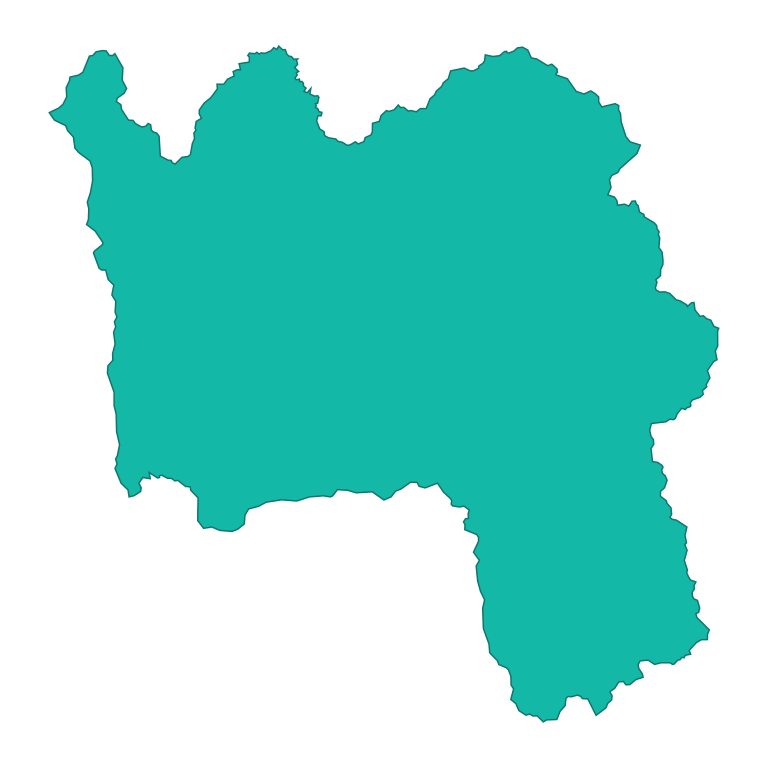 Urrao, Antioquia, Colombia (Mercator projection)
{"feature_id": "7082276B47907246338324", "entity_name": "Urrao", "entity_type": "district", "adm_level": 2, "iso_a3": "COL", "parent_name": "Colombia", "parent_adm1": "Antioquia", "projection": "mercator", "projection_center": [-76.192, 6.296], "detail": "fine", "context": "isolated", "style": "filled", "palette": "teal", "viewbox_px": 768, "rotation_deg": 0, "n_neighbors": 0, "source": "geoboundaries", "source_scale": "gbopen_adm2", "svg_char_len": 5992}
<svg xmlns="http://www.w3.org/2000/svg" viewBox="0 0 768 768"><path d="M522.6,47.2L517.4,47.9L513.8,51.1L509.0,53.0L507.5,53.0L506.5,51.3L504.5,51.6L499.5,55.7L492.9,56.5L485.3,54.9L484.6,60.8L482.9,63.3L479.0,65.9L478.4,68.3L473.3,70.9L470.4,70.9L464.1,68.1L450.6,70.9L448.3,78.7L443.4,82.7L441.7,86.4L436.5,90.9L434.5,95.0L430.0,98.8L426.2,108.6L420.3,108.6L416.4,111.8L410.7,110.5L408.4,111.2L404.0,107.4L400.5,107.5L398.3,105.0L394.2,109.8L389.0,111.4L386.4,110.6L381.2,115.4L379.3,121.4L372.5,123.3L372.3,132.1L370.9,135.0L365.2,137.6L364.0,141.5L358.3,144.0L355.3,141.8L350.1,144.9L347.2,145.3L342.6,142.4L337.8,141.2L335.8,139.0L328.6,137.8L324.7,135.7L324.1,131.7L319.7,128.9L316.6,120.9L318.0,115.7L321.1,115.8L321.9,113.3L321.8,112.3L319.1,111.7L317.8,108.6L315.4,107.5L316.3,105.5L315.3,103.6L317.6,103.2L318.9,97.3L317.7,95.7L314.7,96.2L309.9,94.0L310.8,88.5L307.2,92.7L304.0,91.5L306.0,88.1L303.6,86.1L303.3,83.1L302.0,81.5L299.6,81.5L299.4,79.1L296.1,79.8L295.0,78.0L297.2,75.2L296.4,72.6L298.7,71.5L294.7,67.6L297.6,64.3L296.5,60.3L297.7,59.0L293.6,59.2L291.5,56.6L288.7,56.0L286.7,53.9L285.3,49.6L282.7,49.9L278.7,46.1L276.9,49.4L273.7,47.7L271.0,50.8L265.1,53.3L261.0,52.9L259.0,54.1L256.9,52.3L254.9,53.7L249.4,53.1L247.8,55.6L249.3,56.9L249.3,62.1L239.1,63.7L240.5,69.7L237.2,69.7L233.1,71.6L234.2,76.0L227.5,79.2L223.8,84.2L217.0,84.2L217.4,88.8L211.0,97.5L204.2,103.1L199.3,110.0L199.2,113.7L201.4,118.4L196.2,121.4L195.1,127.9L195.9,130.3L193.9,133.0L194.5,138.8L192.4,143.4L190.4,154.7L187.9,156.5L182.0,157.3L175.1,164.1L172.3,162.7L171.1,160.4L168.2,160.2L160.3,156.1L159.1,136.3L156.8,133.1L153.1,131.9L151.3,130.0L150.7,124.8L148.1,123.5L145.8,126.2L141.7,127.0L135.3,123.5L133.1,120.4L128.5,120.1L121.6,109.5L120.8,104.6L116.4,101.5L117.2,98.2L124.1,93.3L126.6,88.5L122.2,80.1L122.9,67.8L114.9,53.7L112.7,55.5L109.3,55.5L106.2,50.9L102.1,50.6L96.1,51.8L92.8,55.5L89.4,56.1L82.9,72.2L78.6,75.1L70.0,77.1L69.5,80.7L66.2,87.7L66.7,96.9L62.9,104.5L58.5,108.2L49.3,112.6L54.4,120.1L65.7,125.6L67.6,130.6L73.4,137.0L74.9,148.1L78.6,152.4L90.0,161.0L92.3,167.8L92.6,180.9L90.4,192.9L87.3,202.2L88.8,208.8L88.4,219.6L86.6,224.5L95.2,231.1L102.7,242.2L102.6,244.5L94.3,251.2L93.5,253.0L99.1,268.2L101.6,270.0L105.7,270.1L108.2,279.6L113.8,285.1L111.9,295.0L115.8,301.2L115.1,312.2L117.0,316.9L114.4,321.8L115.7,326.9L113.6,332.2L115.1,344.1L112.6,353.6L112.8,360.4L108.0,365.7L107.4,373.1L114.1,392.2L114.1,405.6L116.2,414.2L116.6,431.8L119.6,444.7L117.3,456.0L115.6,459.0L117.1,464.0L115.0,468.4L121.1,483.2L128.0,489.9L129.1,496.9L134.0,495.7L140.6,491.5L141.2,487.8L138.9,483.2L142.8,477.5L150.3,478.7L149.1,472.5L157.7,478.0L159.5,477.5L159.5,475.7L161.7,475.2L167.4,478.2L171.6,478.4L174.9,480.9L177.9,480.4L185.5,486.4L190.2,486.9L190.7,490.2L198.1,497.9L197.7,520.6L203.6,528.3L211.8,527.0L219.7,530.4L232.2,531.4L237.7,529.2L244.3,523.9L245.0,515.0L248.7,508.9L258.8,506.2L266.1,502.2L281.7,499.8L296.7,501.0L309.5,496.9L323.5,495.8L330.3,496.9L332.4,496.1L337.5,489.6L347.7,490.3L356.3,492.8L372.2,491.8L384.0,500.0L391.3,496.7L395.6,491.1L400.8,489.1L410.6,482.2L417.2,482.4L419.1,486.3L425.1,487.9L437.5,483.1L443.4,492.0L450.7,498.8L451.7,500.7L451.2,504.2L452.6,505.9L459.6,507.0L464.0,506.1L469.3,510.1L468.1,514.0L468.5,518.4L465.5,518.8L463.5,521.9L465.0,524.6L464.8,529.7L476.9,534.6L478.6,537.5L478.5,541.4L473.5,552.2L479.4,560.4L476.2,566.0L477.7,581.2L480.5,591.3L484.6,599.7L482.7,608.3L483.4,628.4L489.0,644.0L489.7,652.8L497.4,660.7L498.9,664.6L506.1,667.6L508.5,669.8L510.9,676.4L511.1,685.1L513.6,688.9L510.8,699.5L515.8,703.5L518.9,710.6L526.0,715.2L529.8,714.0L532.9,716.0L537.2,715.8L543.3,721.9L546.7,719.9L556.8,719.5L560.1,711.3L565.2,705.5L565.9,698.6L567.9,696.5L571.5,696.8L577.4,695.1L580.6,696.3L582.4,698.6L587.8,698.9L596.1,715.3L605.9,707.9L607.8,703.3L611.6,700.0L612.1,695.8L609.9,691.7L614.7,688.3L618.7,682.0L623.4,681.5L625.9,684.8L629.8,684.6L636.0,679.5L643.1,677.3L642.3,673.8L638.7,668.3L638.2,664.4L640.2,660.9L648.1,660.1L654.6,664.4L660.9,662.8L670.1,662.8L672.5,664.4L674.1,664.1L677.6,660.3L680.3,659.6L681.5,657.5L684.1,657.7L685.3,655.3L690.6,654.2L689.2,650.3L696.5,642.5L701.4,639.7L707.4,639.6L707.5,634.3L709.3,629.9L696.8,617.4L695.9,613.6L698.6,612.4L699.7,608.0L697.4,600.4L693.6,598.7L692.4,595.9L692.2,592.2L694.4,588.9L694.0,585.7L695.9,581.9L690.4,580.0L688.6,577.0L686.7,572.9L687.4,570.0L684.3,560.5L687.1,550.2L684.8,544.7L686.5,542.8L685.0,535.5L686.9,527.0L676.4,520.1L672.4,519.4L669.9,517.4L671.6,514.4L671.0,507.8L667.1,503.5L666.2,500.6L660.4,496.2L660.6,491.2L664.5,487.8L667.1,480.2L665.2,475.8L662.3,473.2L661.8,470.0L663.0,467.1L662.0,465.4L657.9,462.5L652.5,461.5L651.0,448.5L653.8,444.1L653.3,439.4L651.1,436.6L649.7,430.4L651.4,423.5L665.8,421.8L670.0,419.1L673.4,419.7L675.3,418.5L677.3,413.6L681.7,408.3L685.4,409.5L687.0,407.6L690.0,406.8L690.9,405.7L690.4,402.6L692.4,400.0L700.2,397.1L703.2,394.4L702.5,390.5L706.7,386.9L706.3,384.4L709.9,377.8L707.4,370.5L713.7,361.5L717.0,359.7L715.3,351.0L717.7,346.1L717.6,331.1L718.7,328.3L713.9,326.4L710.8,320.2L706.3,318.6L703.5,315.8L699.9,316.3L695.0,310.0L694.0,302.5L691.6,302.7L687.4,306.5L686.8,304.9L679.8,300.7L676.3,299.9L669.7,293.4L664.7,291.8L659.6,292.1L656.0,289.9L655.4,287.7L657.0,282.2L655.8,279.8L660.5,275.7L660.7,269.3L662.9,264.5L663.0,260.5L662.1,252.2L658.9,247.4L659.7,238.0L658.4,234.7L659.1,231.8L657.2,229.1L656.6,225.6L654.3,222.9L644.3,216.9L643.9,214.5L639.5,212.0L638.1,205.5L636.3,204.1L635.4,201.0L632.0,201.2L628.9,206.1L624.6,204.2L617.6,205.2L616.9,200.7L614.4,197.0L607.8,194.8L611.0,187.5L609.5,179.9L611.8,175.4L617.8,172.5L620.0,168.6L636.9,153.6L640.4,145.1L630.2,141.9L626.0,136.8L621.2,122.0L620.5,113.6L618.6,110.0L618.7,105.5L615.1,103.7L601.8,106.9L598.7,102.0L598.7,97.0L595.1,93.6L590.8,90.9L584.0,94.0L576.2,91.4L567.3,78.7L556.1,74.9L555.9,73.6L557.4,72.5L557.0,68.9L551.8,64.2L547.7,65.7L536.8,59.0L531.3,57.9L527.8,50.1L522.6,47.2Z" fill="#14b8a6" stroke="#0f766e" stroke-width="1.5"/></svg>